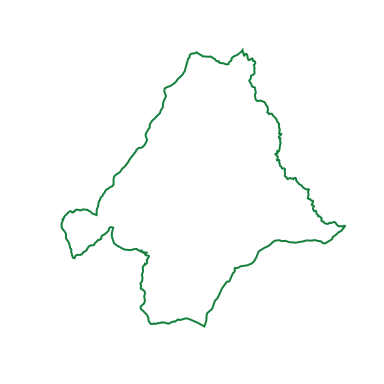 Campohermoso, Boyacá, Colombia, rotated 162°
{"feature_id": "7082276B14856553435658", "entity_name": "Campohermoso", "entity_type": "district", "adm_level": 2, "iso_a3": "COL", "parent_name": "Colombia", "parent_adm1": "Boyacá", "projection": "mercator", "projection_center": [-73.141, 5.004], "detail": "fine", "context": "isolated", "style": "outline", "palette": "green", "viewbox_px": 384, "rotation_deg": 162, "n_neighbors": 0, "source": "geoboundaries", "source_scale": "gbopen_adm2", "svg_char_len": 5947}
<svg xmlns="http://www.w3.org/2000/svg" viewBox="0 0 384 384"><g transform="rotate(162 192 192)"><path d="M88.2,229.5L88.2,230.2L89.1,232.2L89.2,235.2L91.7,240.5L91.7,241.5L92.1,241.9L94.8,242.4L94.7,243.5L95.8,244.5L95.2,245.5L94.6,245.9L93.9,248.7L93.9,250.2L94.5,250.9L94.9,253.2L94.8,254.2L95.9,255.7L98.4,257.5L99.0,257.9L101.5,258.2L101.9,258.5L102.9,260.4L102.3,264.8L100.5,266.9L100.3,269.7L99.8,271.4L100.1,272.2L102.2,273.6L102.3,276.4L103.2,279.8L103.1,280.2L102.6,280.8L101.8,281.0L101.3,281.5L99.8,284.2L99.4,284.5L97.3,284.6L95.9,285.5L95.2,288.3L94.5,289.8L94.0,291.7L93.9,293.8L92.5,294.4L91.8,295.3L91.8,296.1L92.1,297.1L93.1,297.5L93.6,298.3L93.1,299.5L93.3,300.2L93.7,300.5L96.4,299.9L97.5,300.0L97.7,302.1L97.1,305.2L97.5,306.3L98.2,306.7L98.6,306.7L100.0,305.5L100.4,305.6L100.5,306.2L100.1,308.0L100.4,309.1L100.1,311.4L101.7,310.2L106.4,308.4L110.1,308.1L112.4,307.3L113.2,306.6L113.5,305.6L114.1,304.9L116.6,303.9L117.7,302.8L117.9,302.3L119.1,302.5L120.5,303.1L122.2,304.6L125.6,306.1L126.2,306.9L126.1,308.1L127.8,308.6L128.3,309.0L129.3,311.5L130.3,312.4L130.7,313.4L131.8,314.1L132.6,315.2L134.4,315.4L138.7,317.3L139.9,317.6L140.8,319.2L142.9,321.2L144.5,323.5L145.8,323.0L149.9,323.7L151.7,323.0L152.9,320.6L154.5,319.9L161.5,309.3L165.0,306.4L168.3,304.7L170.5,303.9L173.2,301.8L175.4,300.8L179.5,299.6L184.9,299.3L186.1,298.7L187.0,297.0L187.3,295.9L187.1,291.7L187.3,290.9L191.1,286.9L192.2,285.0L193.7,281.4L196.7,279.1L197.5,277.7L198.6,276.6L200.7,275.7L205.1,273.3L207.8,272.2L210.7,269.8L211.9,268.2L212.0,266.8L212.3,266.3L213.7,265.5L218.0,261.6L218.7,259.9L218.6,255.5L219.1,254.8L222.3,251.5L225.2,250.0L226.5,249.8L229.1,250.4L231.6,249.3L232.3,248.8L232.5,248.2L237.1,245.0L239.4,243.6L242.2,241.5L243.4,240.2L247.9,237.1L251.2,235.7L253.6,233.7L255.1,232.9L258.6,232.1L260.5,231.2L261.5,230.3L262.6,228.6L264.2,223.5L265.7,222.2L268.8,221.8L270.7,221.0L272.6,220.8L274.6,219.4L275.9,217.9L277.4,217.2L278.3,215.9L279.9,215.4L281.0,214.4L281.4,213.5L283.8,211.3L285.9,207.2L288.1,204.6L289.9,199.6L293.5,202.4L294.4,204.4L297.4,207.6L301.4,209.2L303.1,208.9L304.1,209.1L306.0,210.4L307.3,210.9L308.3,210.9L308.9,210.4L309.5,210.4L310.1,209.6L311.1,209.8L312.1,209.4L313.3,211.3L314.6,211.3L320.5,208.5L321.2,207.9L322.1,206.5L323.5,206.2L323.3,205.2L325.3,203.0L326.9,199.2L326.6,197.0L325.3,193.6L324.8,191.4L324.9,190.3L326.2,186.9L325.0,183.2L324.7,181.0L325.2,176.4L324.6,175.1L324.6,174.3L325.4,172.4L325.6,166.6L325.4,166.2L324.2,165.4L322.8,167.0L321.7,167.6L320.3,167.6L317.8,166.7L315.9,166.8L315.2,167.5L314.2,167.9L313.8,168.5L312.2,168.5L309.9,169.4L309.0,170.7L307.7,171.3L307.2,172.2L304.5,172.5L302.5,171.9L301.3,172.0L300.6,173.0L299.9,173.5L298.3,174.1L296.5,175.3L295.7,175.0L294.2,175.2L293.6,175.6L293.0,175.5L292.7,175.7L292.0,177.5L291.2,178.3L288.2,178.7L283.5,180.8L283.0,181.3L282.4,182.7L281.3,183.6L279.3,183.5L278.0,182.3L280.9,177.7L282.0,174.5L282.0,167.3L280.1,164.5L274.9,158.9L274.1,158.2L268.4,155.7L263.4,155.4L262.5,155.1L262.0,154.7L261.9,153.9L259.9,152.3L258.3,151.9L259.1,151.3L257.9,150.3L257.3,150.3L257.0,149.1L256.6,149.0L255.7,149.3L254.0,148.3L255.7,147.5L255.9,147.1L255.1,146.0L253.0,144.8L252.8,144.4L253.4,143.4L256.1,141.2L256.1,139.9L256.7,138.4L257.5,137.9L258.9,138.4L259.1,137.3L260.8,137.0L262.2,135.3L263.1,131.5L264.6,129.7L265.2,128.5L265.9,124.8L267.2,122.4L269.1,121.1L269.5,120.5L269.4,118.3L270.6,116.3L270.4,115.4L269.6,115.0L269.0,114.3L267.7,111.9L268.0,110.3L269.9,107.0L270.2,103.9L270.8,102.5L272.0,100.8L275.9,99.1L276.5,98.4L276.7,96.1L274.9,93.6L274.5,92.3L273.3,90.3L272.7,88.2L272.4,86.1L273.1,83.1L272.2,79.6L270.7,78.7L268.8,78.7L268.1,78.1L267.5,77.9L264.7,77.8L263.2,77.2L260.9,77.4L260.3,76.8L258.4,76.4L256.2,74.6L254.9,74.0L254.1,74.0L251.7,74.6L251.0,74.4L249.4,74.6L248.7,74.1L248.0,74.0L244.6,75.1L243.1,73.9L237.5,73.8L236.1,73.5L232.4,70.7L226.9,65.8L221.8,60.3L218.4,64.8L217.8,66.0L216.4,69.8L215.1,72.0L208.9,74.7L203.7,81.6L200.5,83.1L193.4,90.9L187.5,95.3L186.6,95.9L184.8,95.4L184.1,95.5L178.3,102.0L176.9,102.6L175.9,103.5L175.4,104.4L175.1,106.0L174.8,106.4L173.5,106.2L172.6,105.6L168.5,106.3L162.3,105.2L157.6,105.5L155.2,106.4L153.5,107.7L151.1,109.9L147.4,114.4L146.5,115.0L140.0,116.6L137.5,116.8L135.0,117.3L129.9,119.7L128.2,120.0L124.9,119.5L123.5,118.9L121.8,117.6L118.1,116.6L114.8,114.1L111.8,113.0L109.0,111.6L106.6,111.5L101.9,110.7L98.2,110.6L92.7,108.6L91.2,108.6L89.7,108.1L86.9,106.3L84.7,105.3L84.3,104.9L83.3,102.8L81.9,102.2L80.4,102.2L73.5,103.8L71.9,105.7L67.9,107.0L65.1,108.4L62.3,108.8L58.3,111.3L57.4,112.1L57.1,112.6L57.8,112.9L59.7,112.7L61.6,113.8L63.0,114.0L64.5,116.2L65.0,118.7L65.6,119.3L67.2,119.6L69.5,119.5L70.7,120.3L72.0,119.7L73.7,120.0L75.5,121.4L76.1,123.2L77.7,124.2L77.4,126.1L76.8,126.9L78.2,129.5L79.1,129.7L79.5,130.1L79.2,130.9L80.0,132.4L80.3,133.6L79.9,135.4L80.5,136.0L81.8,136.2L82.2,138.4L82.2,138.9L81.7,139.6L80.4,140.7L80.6,141.3L82.0,142.6L82.1,143.0L80.7,144.2L79.7,145.9L80.0,146.4L81.3,147.1L81.8,148.6L83.3,149.5L83.9,150.3L83.1,151.4L82.8,152.2L82.0,153.2L81.7,155.9L81.2,156.8L80.1,158.1L80.1,158.5L80.6,158.9L81.7,158.9L82.5,159.2L84.8,161.6L85.7,164.3L87.8,166.5L88.1,167.9L88.8,168.9L89.3,170.8L89.0,172.6L89.2,173.4L89.7,173.7L90.3,173.6L91.5,172.9L91.9,173.7L93.4,174.1L94.8,175.1L97.0,174.7L97.6,175.6L97.5,176.6L98.7,178.2L98.7,179.0L97.6,181.2L97.6,182.8L96.7,184.2L96.6,185.1L97.2,186.1L98.6,186.2L99.1,186.7L99.2,188.0L99.9,189.6L100.3,190.0L99.8,191.5L100.0,193.1L99.1,195.2L99.4,195.6L100.9,195.7L101.4,195.9L101.3,196.4L99.8,198.0L99.5,199.2L100.9,201.6L101.0,202.3L100.4,202.6L98.8,202.3L98.5,202.9L98.6,204.2L98.1,204.7L97.6,204.6L97.0,203.9L96.6,204.1L95.9,205.0L93.6,209.8L92.7,210.7L92.7,212.4L92.3,212.9L92.1,214.6L91.3,215.7L92.5,216.3L92.3,217.7L89.2,219.4L89.2,219.7L90.6,220.1L91.1,220.9L90.1,222.3L90.0,223.3L89.1,224.2L89.4,226.1L88.9,227.3L88.9,228.5L88.2,229.5Z" fill="none" stroke="#15803d" stroke-width="2"/></g></svg>